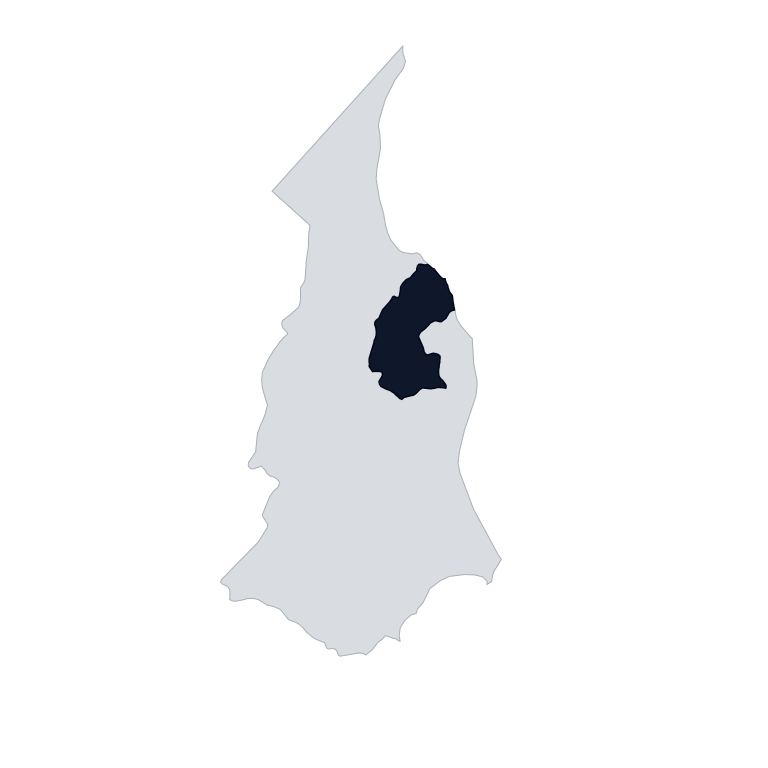 where Marrakech - Tensift - Al Haouz sits in Morocco, rotated 132°
{"feature_id": "MAR-1456", "entity_name": "Marrakech - Tensift - Al Haouz", "entity_type": "Region", "adm_level": 1, "iso_a3": "MAR", "parent_name": "Morocco", "parent_adm1": "", "projection": "mercator", "projection_center": [-8.579, 31.832], "detail": "fine", "context": "in_parent", "style": "filled", "palette": "ink", "viewbox_px": 768, "rotation_deg": 132, "n_neighbors": 0, "source": "natural_earth", "source_scale": "10m", "svg_char_len": 4217}
<svg xmlns="http://www.w3.org/2000/svg" viewBox="0 0 768 768"><g transform="rotate(132 384 384)"><path d="M125.7,591.1L129.7,584.0L136.5,580.8L150.6,579.3L171.7,573.4L190.5,564.4L195.9,560.9L201.6,553.7L211.1,544.4L228.9,533.2L237.0,526.9L249.5,511.2L257.8,498.1L264.6,489.7L269.4,482.2L272.7,474.6L274.6,462.3L273.3,457.5L268.1,449.7L264.6,447.6L263.6,443.8L265.5,437.3L265.5,426.0L266.6,407.9L272.4,393.2L286.7,374.0L289.3,366.0L290.9,353.4L291.1,348.9L308.9,330.8L319.4,317.0L323.0,313.6L332.3,307.2L364.5,293.3L382.7,283.4L393.3,276.1L399.6,267.5L417.2,233.5L434.4,185.2L435.8,179.5L443.6,177.9L449.0,177.2L453.4,175.4L458.8,171.8L464.0,173.3L461.4,175.7L461.4,181.7L465.1,188.7L471.6,196.6L483.2,206.6L492.4,210.6L505.4,213.0L520.5,208.6L529.0,208.5L533.1,206.6L537.6,209.4L546.1,210.3L554.3,208.8L560.6,204.6L564.5,199.8L565.2,202.2L565.3,204.8L566.6,206.3L569.0,212.4L570.3,214.7L575.0,214.4L579.2,215.6L588.4,215.0L597.3,216.0L598.6,220.0L601.2,223.1L610.4,230.3L615.8,234.7L616.0,236.3L614.2,239.9L613.5,242.4L614.9,245.1L618.3,248.3L618.5,249.8L617.7,251.6L616.0,255.1L619.7,265.2L620.3,275.0L619.3,281.9L619.4,285.9L619.9,289.3L623.0,297.2L620.9,310.1L623.3,317.2L626.5,322.9L628.3,333.1L630.9,337.9L635.1,342.1L637.6,343.5L642.3,347.0L645.7,349.9L647.6,354.3L643.4,357.8L640.0,361.0L639.1,364.4L640.7,369.9L640.7,372.9L638.5,373.8L629.7,373.5L622.8,373.3L614.9,373.0L603.7,372.5L596.8,372.2L587.4,371.7L584.1,371.9L575.4,373.5L569.3,374.6L568.2,374.9L566.3,376.2L565.0,380.2L563.8,384.9L562.6,386.9L544.2,393.6L537.0,394.5L532.8,393.8L529.8,394.3L527.3,395.7L526.4,397.9L526.3,400.6L526.8,403.4L528.6,407.2L528.9,411.1L527.8,413.8L527.5,416.5L527.0,419.4L527.9,421.0L529.7,421.3L531.5,422.6L534.0,423.8L536.1,426.2L536.0,429.5L534.3,431.3L532.7,432.3L525.8,433.2L520.4,433.9L513.3,439.2L505.7,444.8L496.7,448.5L492.7,449.6L485.8,452.2L477.5,456.6L473.5,463.6L468.3,471.7L463.4,477.2L456.6,482.3L450.3,484.2L442.4,486.7L432.4,488.6L425.3,489.2L423.2,489.6L417.0,489.7L413.9,489.3L411.7,489.1L410.7,489.7L410.4,491.0L410.3,493.9L409.9,497.2L407.9,500.0L406.5,501.2L404.9,501.8L399.7,501.0L395.3,500.1L384.8,498.9L382.8,499.2L382.0,499.6L378.7,501.5L373.7,505.5L370.3,509.0L367.8,510.6L361.8,511.5L359.1,512.7L347.8,521.5L345.4,523.6L333.8,531.2L330.6,533.7L328.0,536.2L321.1,541.7L316.6,544.2L315.8,545.6L315.6,549.0L315.6,556.6L315.6,563.8L315.6,574.2L315.6,584.7L315.6,596.2L120.4,596.2L125.7,591.1Z" fill="#d9dde1" stroke="#a8b0b8" stroke-width="1"/><path d="M265.9,431.6L265.7,426.1L265.6,425.2L264.9,423.3L265.4,422.1L266.5,414.9L266.6,412.0L266.5,410.8L266.0,410.2L265.4,409.7L264.9,409.0L266.2,407.3L267.2,405.5L268.3,402.4L268.8,401.7L269.6,401.0L269.8,400.6L270.1,399.7L270.7,399.0L271.0,398.4L271.5,397.6L271.8,397.1L272.4,393.0L272.7,392.2L276.7,387.8L278.5,385.4L278.8,385.0L279.4,384.5L279.8,384.1L280.1,383.6L280.5,382.7L280.7,382.4L281.8,381.2L281.9,381.3L283.6,382.4L285.1,383.0L287.3,383.4L293.8,382.0L299.4,383.1L300.8,384.9L301.5,386.7L303.2,388.8L308.0,390.5L310.5,390.3L315.7,390.6L320.7,391.5L323.5,391.2L325.8,390.0L330.9,378.9L333.4,375.5L333.9,372.6L333.3,371.0L328.3,368.1L326.9,365.9L325.8,363.5L325.8,361.1L327.5,359.4L329.1,358.4L330.9,356.8L332.7,356.0L334.7,354.3L336.7,353.1L339.1,351.0L341.4,348.4L342.2,345.4L342.1,342.7L343.2,337.8L344.0,336.4L345.8,335.3L346.8,337.0L349.4,340.4L350.9,342.1L352.8,343.2L356.3,346.1L360.8,352.4L361.9,353.2L362.8,353.3L363.9,353.7L369.6,353.9L372.8,354.7L374.4,356.1L375.9,357.0L380.4,360.1L383.5,360.5L384.2,362.7L384.0,364.7L384.2,367.2L384.0,370.5L384.7,375.0L386.5,379.5L387.8,384.5L387.2,387.2L385.5,389.4L379.2,390.7L377.3,392.0L376.6,393.9L377.8,396.0L381.2,399.8L382.4,400.8L380.9,406.7L380.0,407.4L378.7,408.3L377.3,410.1L374.8,412.2L359.9,419.2L358.2,420.4L356.1,420.9L353.0,422.4L350.2,424.7L347.8,427.5L345.9,430.8L343.9,432.2L341.8,432.4L338.2,431.8L335.7,432.8L329.7,434.7L319.4,434.7L316.2,435.1L313.8,435.7L312.7,435.7L311.9,434.9L311.6,433.1L310.8,431.9L309.6,431.1L307.9,431.7L303.4,434.5L301.6,436.0L299.7,436.9L296.4,437.4L291.5,437.3L287.4,435.5L282.3,435.8L277.9,435.5L276.2,436.9L273.8,438.1L271.7,438.2L270.1,436.5L268.3,433.3L265.9,431.6L265.9,431.6Z" fill="#0f172a" stroke="#020617" stroke-width="1.5"/></g></svg>